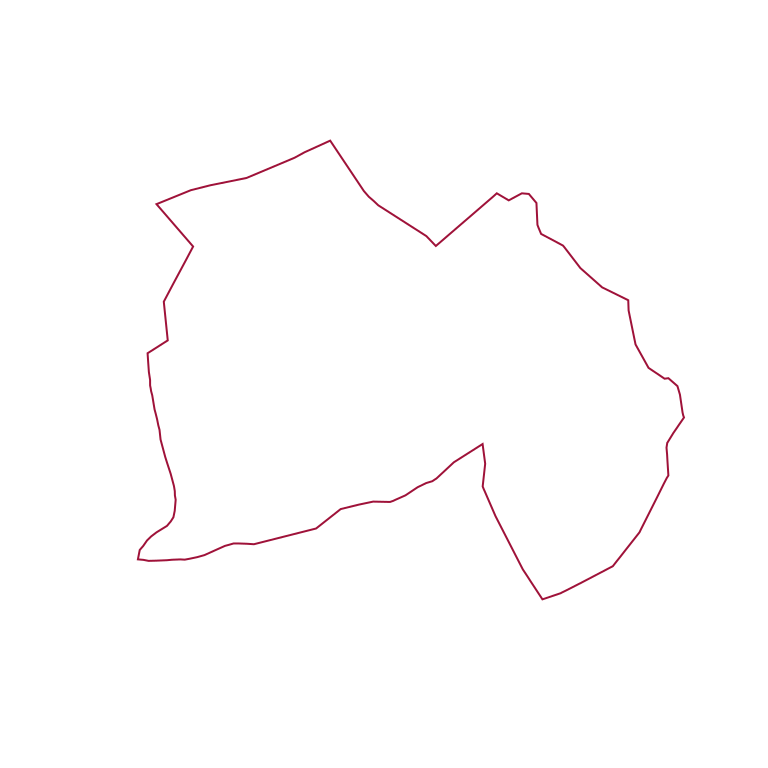 Monabbih, Sa`dah, Yemen (orthographic projection), rotated 75°
{"feature_id": "15242507B74434260486712", "entity_name": "Monabbih", "entity_type": "district", "adm_level": 2, "iso_a3": "YEM", "parent_name": "Yemen", "parent_adm1": "Sa`dah", "projection": "orthographic", "projection_center": [43.298, 17.17], "detail": "fine", "context": "isolated", "style": "outline", "palette": "rose", "viewbox_px": 768, "rotation_deg": 75, "n_neighbors": 0, "source": "geoboundaries", "source_scale": "gbopen_adm2", "svg_char_len": 2169}
<svg xmlns="http://www.w3.org/2000/svg" viewBox="0 0 768 768"><g transform="rotate(75 384 384)"><path d="M494.0,102.9L491.8,103.1L488.9,103.0L470.9,100.9L462.0,101.1L452.0,107.8L451.5,111.6L436.9,124.3L410.9,130.8L404.2,130.4L376.3,128.7L366.3,126.4L347.1,148.3L322.9,164.3L298.3,174.5L296.6,175.3L279.7,193.4L273.0,194.3L270.0,194.6L248.6,189.9L237.9,194.9L235.5,201.5L238.9,216.0L229.0,225.7L231.3,230.2L264.1,298.2L263.4,298.6L261.6,299.6L252.1,304.8L209.9,343.3L207.6,344.7L204.5,346.6L199.2,350.2L192.8,353.3L192.4,353.5L192.1,353.6L135.0,373.0L139.6,400.7L142.3,411.8L149.4,463.5L147.1,500.3L146.8,520.4L151.4,557.2L201.8,532.8L212.8,543.0L232.4,561.4L247.5,575.4L285.9,581.6L293.1,604.4L302.2,606.2L310.5,607.8L311.0,607.9L311.5,608.0L319.6,608.9L324.9,610.3L327.9,610.5L330.6,610.8L334.9,610.8L338.0,611.1L349.2,612.2L353.5,612.2L359.3,612.3L365.5,612.7L370.2,612.7L379.8,614.2L386.0,614.2L392.7,614.2L397.9,614.2L404.6,613.9L415.6,613.3L419.9,613.3L428.0,613.3L429.2,613.4L433.3,613.8L437.5,614.8L441.9,615.2L452.4,619.0L458.2,621.9L461.6,625.6L463.3,628.1L464.1,629.2L464.9,630.4L468.4,642.1L470.9,648.2L471.2,648.8L471.5,649.3L473.8,653.4L478.2,658.6L479.6,660.7L481.1,662.9L489.7,667.1L491.6,661.9L493.9,657.2L495.7,649.7L498.0,639.4L498.9,634.2L500.7,626.2L502.1,621.9L502.5,616.7L502.9,609.2L502.8,601.7L500.5,587.6L499.8,583.2L499.2,579.5L499.2,575.3L499.1,570.6L500.5,565.4L502.8,557.9L505.1,551.1L506.0,487.0L493.6,458.2L494.0,439.5L494.8,424.9L499.5,408.7L499.3,406.0L499.3,405.6L498.8,402.9L498.2,399.0L497.1,392.1L492.4,378.2L490.6,368.9L490.4,362.5L489.0,358.4L489.0,358.1L477.7,336.8L467.5,304.3L487.2,306.9L508.5,315.2L509.3,315.1L511.9,314.8L512.9,314.6L540.5,310.5L582.3,301.5L599.0,297.9L605.6,295.7L610.5,294.1L610.9,294.0L633.0,286.7L631.8,267.4L631.5,266.4L631.4,265.8L630.6,261.7L627.3,246.3L627.3,245.9L627.0,244.8L619.2,210.1L615.2,204.8L612.5,201.1L607.3,194.2L593.4,175.6L591.3,173.8L563.6,149.1L552.6,139.4L548.0,135.2L546.0,133.0L531.6,130.1L525.4,128.8L518.6,127.6L514.1,125.6L513.8,125.2L507.0,118.0L506.5,117.5L506.4,117.4L501.9,112.1L500.4,110.4L497.0,106.4L494.0,102.9Z" fill="none" stroke="#9f1239" stroke-width="2"/></g></svg>